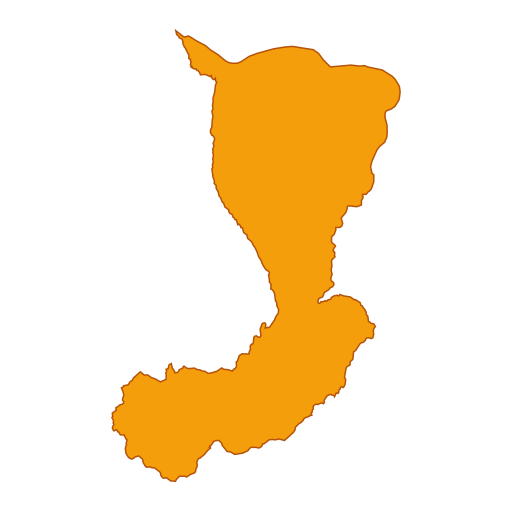 Brasil Novo, Pará, Brazil
{"feature_id": "56859067B45799313121530", "entity_name": "Brasil Novo", "entity_type": "district", "adm_level": 2, "iso_a3": "BRA", "parent_name": "Brazil", "parent_adm1": "Pará", "projection": "natural_earth1", "projection_center": [-52.726, -3.304], "detail": "fine", "context": "isolated", "style": "filled", "palette": "amber", "viewbox_px": 512, "rotation_deg": 0, "n_neighbors": 0, "source": "geoboundaries", "source_scale": "gbopen_adm2", "svg_char_len": 6065}
<svg xmlns="http://www.w3.org/2000/svg" viewBox="0 0 512 512"><path d="M373.8,175.0L372.0,173.2L370.7,167.6L370.7,166.0L372.0,161.1L377.0,149.8L380.0,146.1L384.6,142.3L386.8,137.2L387.2,132.9L387.0,125.2L385.3,118.6L384.9,114.2L385.5,112.1L386.3,110.9L391.2,109.0L394.9,106.4L398.9,100.0L399.5,97.2L400.1,92.0L399.4,86.4L395.2,79.4L392.1,76.2L382.3,70.0L367.5,66.9L364.5,65.6L359.6,66.1L351.0,65.1L330.3,66.9L323.3,59.9L318.6,53.4L313.3,49.7L292.5,46.4L285.1,47.0L273.8,48.8L257.4,53.3L249.3,56.3L241.4,61.5L237.5,63.2L232.7,63.3L228.7,62.6L225.4,60.8L218.2,54.8L210.5,49.9L205.7,45.8L196.4,40.8L189.9,36.7L188.3,36.0L184.5,37.1L183.3,36.5L175.8,30.7L176.7,34.6L178.9,36.5L179.2,37.8L182.0,39.1L183.0,42.0L182.9,43.6L184.3,46.9L185.4,48.2L188.9,55.3L188.8,58.5L190.6,59.5L190.4,60.7L191.0,61.8L190.4,64.7L192.0,66.7L191.1,67.0L193.7,68.8L196.0,68.9L196.6,70.2L197.8,70.5L199.7,72.6L200.4,74.8L205.2,74.4L209.8,76.4L211.4,75.6L211.3,77.3L213.3,79.5L214.3,79.4L215.3,78.3L215.7,81.2L216.7,82.2L215.5,85.1L214.7,92.2L213.0,98.1L213.1,101.8L212.5,105.7L213.0,108.6L211.9,111.3L213.0,116.8L212.4,118.9L211.8,127.3L210.6,129.6L210.4,132.5L211.8,135.2L212.8,135.5L214.4,137.8L214.6,138.9L213.8,142.0L213.1,143.2L213.9,145.9L212.7,149.2L213.1,151.7L212.8,152.8L213.5,155.3L212.7,158.9L213.3,161.8L212.4,164.9L212.7,167.7L211.9,168.8L213.0,177.2L214.3,180.5L214.2,183.4L216.2,185.6L216.1,188.1L218.1,191.7L219.1,195.9L220.6,197.9L222.5,202.4L223.7,203.1L224.8,206.9L228.0,209.3L228.7,210.0L228.7,211.4L230.1,213.7L231.7,214.1L232.3,214.8L233.0,217.1L234.0,217.6L234.4,218.7L235.3,219.7L236.3,219.7L237.8,224.7L238.8,224.1L240.5,225.9L240.8,227.5L242.4,227.8L243.6,232.4L245.8,234.2L246.8,234.5L247.6,238.4L251.6,241.7L253.7,246.0L254.7,247.0L257.1,252.0L258.7,256.8L261.5,261.1L261.6,262.3L263.4,265.9L265.7,269.4L268.6,271.5L269.2,272.4L269.3,273.9L268.5,275.1L269.3,278.7L269.4,281.9L271.0,284.3L270.8,289.0L271.9,289.5L273.5,291.2L274.7,294.1L275.4,300.5L276.6,302.5L276.9,305.9L278.6,309.4L278.4,312.1L278.1,313.7L277.3,314.4L275.7,317.0L274.3,320.3L269.8,326.9L268.8,327.6L267.7,327.3L265.3,328.1L265.8,324.0L265.1,323.1L264.2,322.8L262.1,323.7L260.1,329.4L261.0,335.7L259.8,337.2L258.0,337.1L256.3,335.8L254.4,336.4L253.9,337.3L253.2,343.3L252.6,344.1L251.7,344.0L250.3,345.7L250.2,347.6L250.6,348.7L249.0,352.5L249.2,353.7L248.4,354.1L242.0,353.8L239.3,355.6L237.3,361.3L236.2,362.1L236.5,365.6L236.2,367.0L234.9,368.9L233.7,369.1L232.3,371.1L227.9,369.6L224.6,369.4L222.5,368.7L221.9,367.9L216.0,371.8L215.0,371.6L213.0,372.6L207.9,373.4L205.2,371.4L202.2,371.0L200.1,369.9L197.1,369.5L194.4,368.1L189.0,368.6L186.6,368.1L184.0,366.1L183.1,366.8L183.0,367.9L179.2,369.8L178.3,371.7L177.4,372.5L174.7,372.7L174.5,371.2L172.3,368.0L171.3,363.5L169.1,364.8L168.1,368.6L166.1,369.3L166.6,371.1L165.8,373.1L166.2,374.4L166.1,379.3L160.5,381.9L155.2,378.9L151.4,377.6L147.7,374.9L144.5,375.2L140.3,371.8L133.6,377.9L132.2,380.3L130.0,381.8L128.2,384.8L123.6,385.8L122.8,387.3L121.4,387.9L122.9,391.2L123.8,395.0L122.4,399.9L123.6,401.6L123.7,402.8L122.5,404.1L119.4,405.1L117.4,407.1L116.1,407.4L115.8,408.4L116.4,410.1L112.3,413.1L112.7,416.6L111.9,417.6L113.2,419.8L113.5,421.6L113.1,423.0L113.8,424.0L113.7,425.1L112.6,426.5L112.4,428.2L113.6,430.7L114.6,430.7L116.0,429.7L117.2,430.3L117.5,431.7L119.0,432.2L119.7,434.1L120.6,434.9L124.1,435.0L126.2,439.3L127.1,439.9L126.1,443.6L126.6,445.2L125.8,446.3L125.3,448.5L126.0,453.4L128.2,457.0L130.0,458.5L131.7,459.0L132.8,458.8L134.9,457.1L138.6,455.9L142.5,459.1L143.3,462.8L145.5,466.4L146.6,467.2L150.3,466.9L152.0,467.8L154.4,467.8L159.6,471.8L160.6,473.3L160.7,475.0L162.5,477.7L163.7,478.2L166.0,477.8L167.3,478.3L170.4,480.8L175.5,481.3L176.3,479.5L179.5,476.2L185.4,476.3L186.6,477.0L190.6,474.4L194.5,472.9L195.5,471.7L196.0,468.5L196.9,467.3L197.2,464.9L196.8,462.3L197.5,460.2L198.8,458.4L199.8,458.2L203.9,454.9L208.1,450.0L210.5,448.1L210.4,446.7L209.5,446.9L210.1,445.7L211.3,445.0L213.6,441.6L215.2,440.7L218.8,440.4L221.7,443.2L222.1,445.2L227.1,451.5L230.5,451.9L234.7,454.4L242.8,453.1L247.9,450.7L249.9,448.1L251.3,447.3L256.6,447.4L258.1,448.0L260.4,447.5L262.3,445.3L262.7,443.7L264.0,443.8L269.4,439.7L273.2,439.5L274.8,439.9L279.1,439.0L284.4,440.5L293.1,432.7L294.9,430.2L295.5,427.1L299.1,423.5L301.0,422.5L303.2,420.3L303.8,418.9L305.1,417.8L309.3,416.3L310.1,415.3L311.8,415.3L311.3,412.8L312.1,412.2L312.3,410.3L313.3,409.0L313.2,406.4L314.2,405.1L316.0,404.2L317.9,404.5L321.6,402.8L323.4,403.8L324.4,402.6L324.0,401.1L324.6,399.5L327.2,395.8L330.1,394.4L333.9,395.5L334.5,396.7L336.2,393.0L338.0,393.4L338.7,392.5L338.9,390.0L340.0,389.2L340.5,387.5L341.4,386.6L343.0,387.6L343.8,387.0L345.1,384.2L345.7,379.7L344.5,376.9L346.2,367.9L347.0,366.6L350.0,365.0L350.1,361.8L352.8,359.4L353.6,351.9L355.8,350.3L359.8,344.0L361.6,342.5L362.7,342.6L363.7,341.9L365.3,340.4L365.9,338.8L366.9,337.9L368.9,337.8L371.4,338.6L372.8,337.8L373.7,334.2L373.3,331.9L373.7,328.7L375.4,326.5L373.8,323.9L371.1,323.3L369.8,322.0L368.5,321.6L367.8,316.2L366.4,314.6L366.0,311.8L364.2,308.7L363.0,307.5L362.5,306.1L360.7,305.1L360.3,302.8L355.4,299.6L354.2,299.7L350.4,297.0L343.8,295.9L339.7,294.5L339.0,295.7L338.1,295.9L337.1,295.2L333.6,296.1L331.4,297.5L331.1,298.6L329.9,299.6L328.2,299.7L326.6,301.3L325.1,300.6L322.9,301.9L321.1,301.6L319.9,303.2L318.8,303.3L317.9,302.3L318.5,299.2L319.4,298.2L322.3,297.1L323.0,296.2L324.3,292.5L328.6,289.8L330.3,287.8L332.5,286.8L333.8,284.9L333.9,283.9L333.3,282.3L331.2,280.8L330.8,278.2L332.1,274.2L331.3,271.3L331.4,267.5L332.0,266.5L331.5,261.4L331.8,260.0L335.0,256.8L334.5,255.1L334.8,252.8L334.4,251.8L333.5,251.7L333.2,250.5L333.9,248.3L335.5,246.1L334.8,245.0L332.0,242.7L331.5,241.6L331.6,236.8L334.3,234.2L335.8,229.9L335.8,227.5L340.1,227.4L341.8,225.9L342.7,223.2L341.1,218.1L345.7,212.7L347.1,208.8L347.2,207.1L347.9,206.1L349.7,205.9L356.8,206.7L361.4,205.0L361.4,200.8L363.0,197.5L363.1,196.5L362.3,195.1L363.0,194.3L366.2,194.3L367.7,192.3L370.7,189.9L371.9,187.4L373.8,181.5L373.8,175.0Z" fill="#f59e0b" stroke="#b45309" stroke-width="1.5"/></svg>